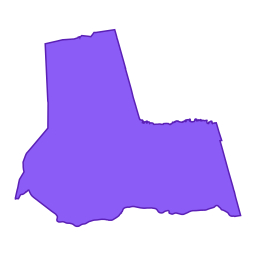 Otaņķu pag., Nicas, Latvia (Natural Earth projection)
{"feature_id": "27541924B2147324015224", "entity_name": "Otaņķu pag.", "entity_type": "district", "adm_level": 2, "iso_a3": "LVA", "parent_name": "Latvia", "parent_adm1": "Nicas", "projection": "natural_earth1", "projection_center": [21.142, 56.421], "detail": "fine", "context": "isolated", "style": "filled", "palette": "violet", "viewbox_px": 256, "rotation_deg": 0, "n_neighbors": 0, "source": "geoboundaries", "source_scale": "gbopen_adm2", "svg_char_len": 5686}
<svg xmlns="http://www.w3.org/2000/svg" viewBox="0 0 256 256"><path d="M176.6,213.1L180.9,214.2L181.9,214.4L183.6,214.3L187.6,212.6L189.5,211.6L191.1,211.0L192.5,210.7L196.3,210.6L200.8,210.2L205.1,210.1L206.5,209.8L208.2,209.1L210.3,208.4L213.1,207.6L214.3,207.1L214.9,206.5L215.5,205.9L216.1,205.6L216.9,205.5L217.8,205.7L219.1,207.0L220.4,208.1L221.4,209.6L221.8,209.8L222.9,210.1L224.2,210.6L227.7,212.6L228.4,213.5L228.7,213.9L228.8,214.2L229.2,214.8L229.8,215.4L230.4,215.8L231.0,216.0L231.9,216.2L233.6,216.1L234.1,216.2L234.5,216.4L235.0,216.4L236.0,216.2L240.6,215.5L237.1,202.6L235.6,197.2L234.2,191.2L233.9,190.7L232.7,186.1L228.5,171.5L222.1,148.1L220.0,140.7L221.7,140.5L219.0,132.2L216.6,123.9L216.2,123.0L216.2,122.9L215.4,123.1L215.1,123.0L215.0,122.8L214.7,122.9L214.6,123.1L214.1,123.2L213.4,123.2L212.9,123.1L212.8,123.3L212.7,123.4L212.5,123.1L212.5,122.9L212.3,122.8L212.1,123.1L211.9,122.8L211.8,121.8L211.9,121.4L211.7,121.2L211.1,121.3L210.8,121.3L210.5,121.3L210.2,121.5L209.5,122.1L208.7,122.3L208.7,122.5L208.8,123.1L208.7,123.3L208.6,123.5L207.9,123.5L207.1,123.0L206.9,122.1L206.7,121.4L206.8,121.2L206.7,120.7L207.0,120.5L207.0,120.4L206.4,120.3L204.8,120.7L204.4,120.7L204.0,120.5L203.5,120.5L203.1,120.3L202.7,120.3L202.5,120.6L202.4,120.6L202.2,120.6L201.9,120.5L201.5,120.8L201.1,120.7L200.9,120.8L200.7,120.7L201.1,119.9L200.7,119.6L200.4,119.7L199.1,120.1L198.9,120.2L198.9,120.3L199.1,120.4L198.9,120.5L198.6,120.5L198.5,120.4L198.4,120.1L198.3,119.9L198.0,120.0L197.0,120.4L197.0,120.7L197.2,120.8L196.9,120.9L195.8,119.9L195.7,119.7L196.3,119.2L196.1,119.1L195.7,119.0L195.3,119.1L194.8,119.7L194.6,120.8L194.3,121.2L194.2,121.4L193.9,121.6L192.8,121.7L192.2,121.9L190.8,121.6L190.4,121.4L190.3,121.1L190.4,120.8L190.4,120.6L190.2,120.5L189.7,120.7L189.7,120.3L189.9,119.9L190.2,119.6L190.2,119.4L190.0,119.2L189.5,119.2L189.2,119.4L188.8,119.8L188.1,119.8L187.2,119.7L186.7,120.0L186.2,119.9L185.7,120.1L185.8,120.3L185.7,120.4L185.8,120.6L186.0,120.6L186.0,120.9L186.1,121.2L185.9,121.4L185.8,121.6L185.6,121.6L184.5,120.9L184.3,120.9L184.2,121.0L183.7,121.7L183.4,121.7L183.1,121.6L182.8,122.0L182.5,122.0L182.4,121.9L182.2,121.9L182.0,122.0L182.0,122.3L181.7,122.3L180.8,122.1L180.5,122.1L179.7,121.8L179.0,121.7L178.3,121.4L178.2,121.3L178.2,121.1L177.9,121.0L177.5,121.2L177.2,121.0L177.0,120.9L176.7,120.9L176.3,121.1L175.7,121.2L175.5,121.3L175.5,121.7L175.3,121.9L175.0,122.0L174.8,121.9L174.4,121.8L174.3,122.0L174.3,122.3L173.6,122.6L172.9,122.7L172.9,122.4L172.8,122.2L172.5,122.3L172.4,122.5L172.4,122.8L172.0,123.4L171.1,123.9L170.8,123.9L170.4,124.1L170.5,124.4L170.0,124.6L169.1,124.1L168.4,123.6L168.1,123.5L167.7,123.6L166.8,123.4L166.5,123.5L165.1,123.5L163.9,123.6L163.7,123.6L163.4,123.9L163.4,124.1L163.2,124.3L161.5,124.3L161.1,124.4L160.2,124.0L159.1,124.0L158.0,124.2L156.4,124.2L153.8,124.4L153.6,124.3L153.5,124.2L153.5,123.8L153.1,123.5L152.9,123.2L152.7,123.1L152.2,123.0L151.9,123.0L151.2,122.9L150.3,122.9L150.1,123.0L149.7,123.4L149.0,121.9L147.0,122.2L147.2,122.5L147.2,122.8L147.0,123.0L146.7,123.0L146.7,122.6L146.5,121.6L147.3,121.3L147.2,121.2L146.9,121.1L145.9,121.5L145.4,121.9L145.0,121.9L144.8,122.2L144.7,122.2L144.3,121.9L144.1,121.8L144.0,122.0L143.9,122.2L144.3,122.3L144.3,122.5L144.2,123.0L143.7,123.2L143.0,122.9L143.3,122.8L143.0,122.6L142.9,122.3L143.1,122.0L142.8,121.8L142.6,121.5L142.9,121.2L143.0,120.9L142.8,120.5L142.2,120.3L142.2,120.1L141.8,120.1L141.7,120.2L139.9,119.6L139.5,118.5L139.4,118.5L136.0,106.9L135.8,106.1L134.5,101.8L133.2,97.4L131.3,89.6L125.3,68.2L125.5,68.2L124.3,63.9L118.3,42.5L117.3,39.0L117.2,39.0L117.0,38.4L116.8,37.2L116.0,34.2L114.7,29.7L95.9,32.5L94.0,32.5L92.4,34.7L90.8,36.7L90.4,36.6L88.5,36.3L81.7,35.6L80.1,37.1L79.9,37.1L79.8,37.5L79.5,36.8L78.5,37.1L78.7,37.4L77.5,37.9L74.1,39.0L62.5,39.8L57.1,41.1L45.2,43.8L47.8,100.9L48.1,102.7L47.9,128.1L29.6,149.8L26.6,153.2L25.7,155.0L23.3,161.5L23.1,162.2L23.1,162.7L23.2,165.1L23.2,166.9L23.5,169.6L24.0,171.9L19.5,179.4L18.7,182.9L17.8,187.7L17.2,189.9L16.2,194.3L15.9,195.7L15.6,197.2L15.4,197.8L15.4,198.5L15.4,198.9L15.7,199.0L16.4,198.6L16.9,198.5L17.6,198.7L18.4,198.7L18.8,198.0L19.9,195.9L20.1,195.3L20.8,194.6L21.2,194.5L22.7,194.3L23.9,193.7L25.6,192.3L25.8,192.3L25.9,191.8L26.7,191.6L28.1,190.2L28.8,190.1L30.1,193.0L31.0,194.6L31.9,195.8L32.9,196.7L33.8,197.5L34.2,197.8L51.5,211.1L55.6,214.0L56.9,215.6L57.3,216.3L57.4,217.1L57.3,217.9L56.9,219.5L56.9,220.2L57.0,220.6L57.3,221.2L58.4,221.8L58.9,222.0L60.1,222.0L62.5,221.7L63.5,221.8L64.6,222.2L65.4,222.6L66.2,222.9L66.9,223.1L68.5,223.2L69.4,223.2L71.7,223.7L72.9,224.2L73.3,224.5L73.7,224.8L75.2,225.9L76.4,226.3L78.0,226.3L78.9,226.1L81.6,224.5L82.8,224.1L83.7,224.0L85.0,223.8L86.0,223.4L87.7,222.4L88.8,221.7L92.9,220.4L94.2,220.1L97.1,219.9L101.5,219.3L102.9,219.3L105.0,219.4L107.0,219.8L107.8,219.8L108.5,220.1L109.2,220.2L111.5,220.2L112.3,220.0L113.1,219.6L116.2,217.7L117.5,216.8L119.0,215.6L119.3,215.1L119.6,214.5L120.9,213.4L121.3,213.0L121.1,212.7L122.2,211.5L122.5,210.8L122.7,210.2L123.2,209.1L123.7,208.5L124.4,208.0L125.6,207.5L126.3,207.4L126.8,207.3L127.6,207.1L129.3,207.2L130.8,206.8L132.1,206.5L132.7,206.5L134.0,206.5L139.8,207.7L140.9,207.9L143.9,208.2L144.5,208.2L147.0,208.0L149.6,208.0L151.4,207.9L155.5,208.6L156.4,209.2L157.3,210.1L158.2,211.5L158.8,212.1L159.2,212.4L159.7,212.6L160.2,212.8L161.1,212.9L162.0,212.9L162.4,212.8L163.2,212.5L164.3,211.7L165.2,211.2L167.6,210.6L168.4,210.6L168.8,210.8L169.1,211.5L169.2,211.9L169.0,212.3L169.2,212.8L169.3,213.2L170.4,213.6L171.5,214.0L172.2,214.1L172.8,214.0L173.9,213.5L175.1,213.1L175.8,213.0L176.6,213.1Z" fill="#8b5cf6" stroke="#5b21b6" stroke-width="1.5"/></svg>